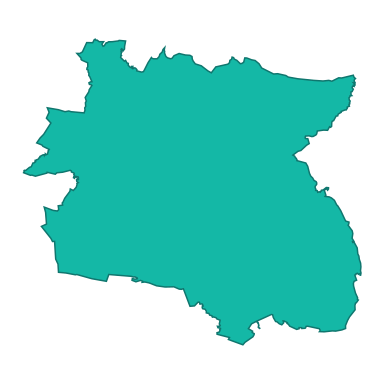 Strugari, Bacau, Romania
{"feature_id": "2599482B25592261282665", "entity_name": "Strugari", "entity_type": "district", "adm_level": 2, "iso_a3": "ROU", "parent_name": "Romania", "parent_adm1": "Bacau", "projection": "robinson", "projection_center": [26.748, 46.532], "detail": "fine", "context": "isolated", "style": "filled", "palette": "teal", "viewbox_px": 384, "rotation_deg": 0, "n_neighbors": 0, "source": "geoboundaries", "source_scale": "gbopen_adm2", "svg_char_len": 5838}
<svg xmlns="http://www.w3.org/2000/svg" viewBox="0 0 384 384"><path d="M345.6,328.5L345.5,325.6L347.6,320.4L349.5,316.9L355.1,309.8L354.9,305.6L355.5,303.1L356.3,302.8L358.3,300.0L357.4,299.5L357.6,297.8L355.5,293.1L353.6,286.1L353.4,283.4L354.1,281.3L356.6,280.2L354.8,275.1L355.9,274.6L356.1,273.7L357.5,273.3L358.4,274.3L359.9,273.6L360.3,274.1L360.1,275.1L360.6,275.2L361.0,273.0L360.5,270.8L360.9,266.9L360.6,263.1L359.3,259.3L358.9,256.1L357.8,253.9L357.2,247.9L354.1,242.2L352.8,242.5L352.5,241.6L353.9,241.3L352.1,238.3L352.8,233.6L352.2,230.8L348.1,225.2L348.8,223.9L349.0,222.1L345.8,221.1L345.2,220.2L340.7,210.6L337.7,205.8L336.7,204.9L334.4,200.3L331.4,197.9L329.2,196.9L325.1,196.4L325.9,195.2L324.3,190.2L326.5,188.7L327.6,190.2L328.5,189.0L328.5,187.7L326.3,187.5L323.1,190.0L321.5,190.2L321.4,191.0L320.5,191.3L320.2,192.2L319.1,191.8L317.7,192.3L317.2,190.6L315.7,190.4L315.9,189.4L315.1,187.5L315.2,186.3L316.7,184.3L316.7,182.8L316.1,181.6L314.0,180.4L312.6,177.9L310.8,176.2L309.5,173.4L307.7,166.3L305.8,163.0L296.9,160.6L297.1,160.1L296.2,158.2L295.5,157.9L294.7,156.2L292.9,155.1L298.0,151.3L300.9,150.5L306.6,145.2L309.2,143.6L307.8,138.7L305.4,138.5L305.1,137.4L305.5,136.1L308.9,135.8L311.8,136.6L313.3,136.4L316.0,134.9L316.7,133.9L317.3,131.0L323.7,130.1L327.6,130.3L329.6,126.7L330.6,127.3L331.6,126.4L331.8,122.2L332.4,121.1L333.6,120.7L336.1,116.1L337.7,115.9L338.2,114.1L341.2,112.3L341.1,111.5L345.1,109.9L346.1,110.0L347.3,108.2L347.2,107.1L349.4,106.2L348.9,104.8L349.8,103.8L349.3,103.0L350.0,102.0L350.1,100.9L349.3,100.1L349.0,97.8L349.9,96.8L350.0,95.9L351.8,95.6L351.0,94.8L351.0,91.9L352.1,91.6L353.3,89.2L352.2,88.0L352.2,87.1L352.8,86.1L354.1,86.4L353.7,85.2L354.9,85.2L355.0,84.5L353.5,82.9L355.0,83.2L355.1,82.5L354.2,81.4L354.2,80.5L354.5,79.4L355.5,78.6L353.9,77.0L353.3,75.2L341.7,78.0L338.7,77.8L331.9,81.2L328.8,80.4L323.0,81.0L313.8,80.4L298.0,78.8L288.3,77.1L285.8,75.5L277.7,73.7L273.6,74.0L261.7,68.0L259.0,63.7L255.1,60.5L251.6,59.8L246.8,58.0L244.8,57.9L243.7,62.2L242.2,63.3L240.3,63.7L236.8,60.3L234.3,59.1L233.6,57.6L232.1,57.1L231.5,59.4L229.9,60.3L229.5,62.7L227.8,64.2L215.8,66.9L211.3,72.8L207.9,70.9L201.3,65.8L195.3,63.9L193.2,61.1L192.3,59.1L192.0,56.5L189.9,55.3L185.3,55.0L179.1,53.5L174.0,55.7L172.0,58.4L170.4,58.7L167.5,57.8L165.9,56.5L164.5,52.9L164.7,51.2L164.2,50.3L164.7,47.6L163.0,49.5L162.2,52.0L159.8,54.3L159.2,56.5L157.1,58.8L153.6,58.8L152.0,58.3L151.4,57.5L148.1,62.6L144.0,70.7L143.3,71.7L141.5,72.1L136.7,70.8L136.9,69.6L135.5,68.1L133.9,67.8L133.6,68.5L132.4,68.6L132.0,68.0L132.8,66.4L131.5,66.4L131.5,67.7L130.2,67.3L128.2,65.3L128.3,63.4L126.9,62.9L125.6,60.4L124.4,61.2L120.6,57.4L120.8,56.3L121.5,55.7L121.0,55.3L121.4,52.2L121.0,51.3L121.6,50.4L121.0,49.4L121.7,48.7L122.7,49.7L122.9,51.1L124.5,49.1L124.6,46.3L125.6,41.0L119.1,40.4L118.5,40.9L112.3,41.7L108.4,41.8L107.4,42.7L106.2,42.8L104.2,45.8L103.1,46.3L101.9,44.2L103.6,41.7L99.2,41.7L97.1,40.1L96.0,40.3L95.3,39.2L94.3,39.6L92.7,42.7L86.7,42.6L82.4,51.9L80.0,53.4L76.9,53.4L81.0,58.0L81.1,59.5L81.9,60.2L87.7,62.8L87.8,66.7L87.0,68.0L86.9,69.5L88.1,70.0L88.2,72.1L88.9,73.0L88.8,75.4L89.8,76.8L91.9,81.7L90.4,81.9L88.9,82.8L89.4,84.4L91.2,84.8L91.9,85.5L89.2,89.7L88.8,91.8L85.2,97.5L86.3,101.1L85.4,102.7L85.7,106.4L84.7,107.9L85.0,110.1L84.1,112.9L71.1,111.7L68.8,111.0L65.0,111.7L58.4,109.7L47.3,107.8L49.1,112.3L46.4,118.2L50.9,123.0L43.7,134.3L40.1,138.0L36.7,142.9L41.9,145.0L43.0,146.4L49.2,149.4L48.0,151.1L48.3,151.8L47.6,153.1L47.6,154.1L46.2,154.5L45.5,153.9L45.6,154.9L44.6,154.7L44.3,155.4L44.1,154.7L42.9,154.9L39.9,156.5L39.9,157.3L39.0,157.9L38.5,159.0L36.1,160.0L35.7,160.8L35.2,160.5L35.0,161.3L35.5,161.8L34.0,162.9L32.9,163.0L31.3,166.7L29.4,167.4L25.8,170.4L24.4,170.3L24.0,170.6L24.3,172.4L23.0,172.5L30.4,175.3L31.9,175.1L35.4,176.2L46.9,173.1L47.1,172.3L55.3,174.2L56.8,172.8L62.7,172.2L70.2,170.3L71.3,170.9L71.4,172.0L73.9,173.0L74.2,173.8L73.8,174.4L74.3,175.1L73.5,177.7L74.5,178.3L74.8,176.8L75.6,176.4L75.8,177.2L76.2,177.2L76.1,176.5L78.2,176.9L78.4,177.5L77.2,178.9L78.5,179.1L78.4,179.6L76.7,179.4L76.5,179.9L76.8,181.4L78.3,182.6L76.9,183.4L77.1,184.3L76.2,187.3L73.3,190.5L70.3,189.0L69.9,191.3L64.7,198.3L63.0,202.1L62.2,203.0L62.6,205.1L58.2,205.8L58.7,209.6L57.4,211.0L53.1,210.4L44.2,207.1L45.6,212.4L46.5,224.1L41.4,226.4L50.9,238.4L52.5,241.5L54.6,241.4L55.7,259.1L58.0,264.1L58.5,272.3L66.0,273.0L75.4,274.8L76.8,274.5L91.8,278.7L106.4,281.3L108.8,274.5L131.1,276.3L133.9,277.1L134.8,276.8L137.2,277.9L137.4,278.7L135.1,279.2L132.3,278.6L132.0,280.3L135.9,281.8L140.5,280.4L142.7,281.3L142.2,282.3L144.9,282.0L149.1,282.9L156.6,285.8L165.1,287.0L173.9,286.8L179.2,289.1L181.3,289.3L183.4,288.8L190.0,306.3L194.5,305.9L197.9,302.3L199.0,302.1L199.5,302.3L199.9,304.1L202.0,303.9L202.5,304.3L203.1,305.9L202.4,305.9L202.2,307.8L202.8,308.8L205.0,309.2L206.3,311.0L206.3,312.9L209.0,313.5L209.6,315.1L211.9,315.7L212.1,316.8L212.7,317.2L213.3,316.9L216.1,317.7L216.8,318.9L220.1,320.2L219.3,324.0L220.2,325.6L219.6,326.2L217.5,326.3L218.0,327.0L217.8,327.6L220.5,328.4L220.5,329.0L219.7,329.7L220.0,330.6L219.1,332.1L217.0,332.7L217.1,334.3L229.5,337.5L228.4,339.5L242.9,344.8L245.0,342.3L252.9,336.8L254.1,334.7L254.2,333.6L252.2,332.5L252.6,331.2L248.4,328.7L251.6,323.8L255.9,321.6L257.1,322.0L258.5,324.1L258.6,326.2L258.2,327.1L259.4,328.4L259.7,328.2L258.4,327.1L258.9,325.5L258.1,322.5L256.2,321.4L271.3,314.5L272.6,314.7L273.3,317.5L275.6,321.5L277.0,321.8L279.3,323.8L281.8,324.8L283.7,322.8L283.1,320.9L283.9,320.9L287.3,322.6L287.0,323.4L288.5,324.4L289.6,326.1L296.7,329.4L299.1,328.7L299.1,327.6L301.6,327.7L301.8,328.5L304.9,328.3L305.5,328.0L306.1,326.4L307.6,326.2L319.3,328.7L320.0,329.9L320.0,331.0L319.5,331.6L324.2,331.8L332.4,330.9L335.7,331.1L341.9,329.9L345.6,328.5Z" fill="#14b8a6" stroke="#0f766e" stroke-width="1.5"/></svg>